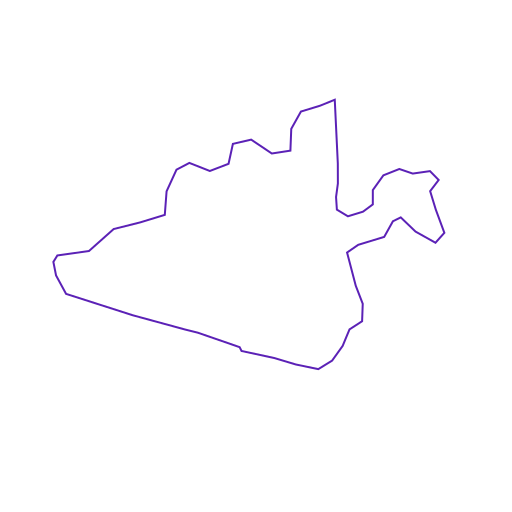 outline of Goyang-si, Gyeonggi, South Korea, rotated 343°
{"feature_id": "91817680B27371207272645", "entity_name": "Goyang-si", "entity_type": "district", "adm_level": 2, "iso_a3": "KOR", "parent_name": "South Korea", "parent_adm1": "Gyeonggi", "projection": "robinson", "projection_center": [126.873, 37.651], "detail": "fine", "context": "isolated", "style": "outline", "palette": "violet", "viewbox_px": 512, "rotation_deg": 343, "n_neighbors": 0, "source": "geoboundaries", "source_scale": "gbopen_adm2", "svg_char_len": 893}
<svg xmlns="http://www.w3.org/2000/svg" viewBox="0 0 512 512"><g transform="rotate(343 256 256)"><path d="M214.4,342.6L243.8,359.0L262.4,371.4L282.5,382.4L298.2,378.3L312.6,367.3L318.6,360.0L324.0,353.5L338.4,349.4L344.1,332.9L342.7,313.6L344.1,279.3L357.0,275.2L384.2,275.2L397.1,262.8L405.7,261.4L415.7,279.3L431.5,295.8L442.9,288.9L441.5,264.2L441.5,244.9L452.9,236.7L450.9,232.8L447.2,225.7L430.0,223.0L418.5,214.7L401.4,216.1L387.0,227.1L382.8,240.8L371.3,244.9L355.5,244.9L346.9,235.3L349.8,223.0L355.5,210.6L361.3,191.4L377.0,129.6L361.2,131.0L341.2,131.0L326.9,144.7L319.7,165.3L301.1,162.6L285.4,143.3L266.7,142.0L256.7,159.8L236.7,161.2L219.5,147.5L205.2,150.2L189.4,168.0L180.8,190.0L155.0,190.0L127.8,188.6L97.7,202.4L66.2,197.4L60.5,202.4L59.1,216.1L63.3,236.7L120.6,276.5L166.4,305.4L177.9,312.3L213.7,338.4L214.4,342.6Z" fill="none" stroke="#5b21b6" stroke-width="2"/></g></svg>